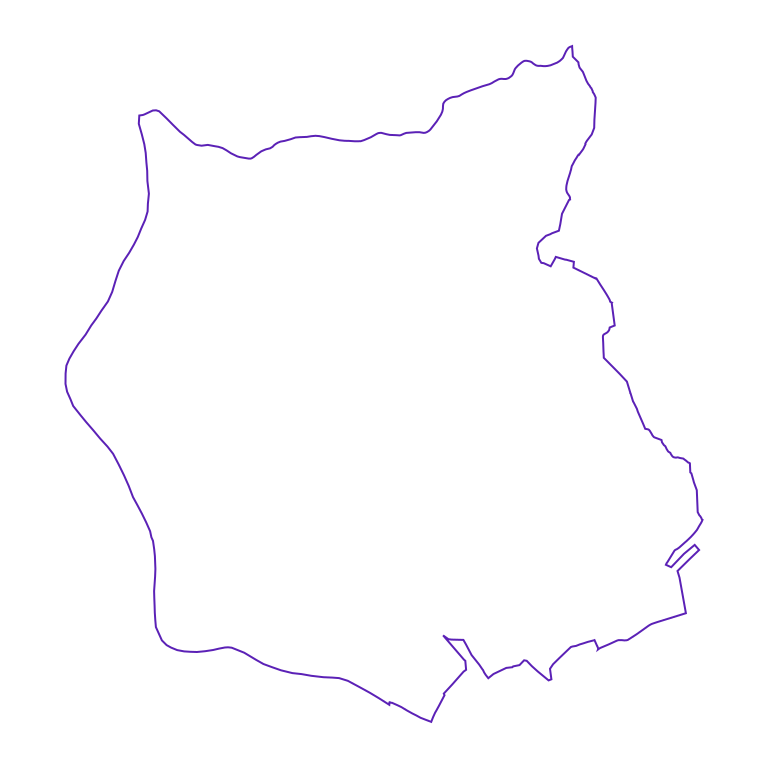 outline of Krustpils pag., Krustpils, Latvia
{"feature_id": "27541924B89257742122528", "entity_name": "Krustpils pag.", "entity_type": "district", "adm_level": 2, "iso_a3": "LVA", "parent_name": "Latvia", "parent_adm1": "Krustpils", "projection": "mercator", "projection_center": [25.858, 56.572], "detail": "fine", "context": "isolated", "style": "outline", "palette": "violet", "viewbox_px": 768, "rotation_deg": 0, "n_neighbors": 0, "source": "geoboundaries", "source_scale": "gbopen_adm2", "svg_char_len": 6024}
<svg xmlns="http://www.w3.org/2000/svg" viewBox="0 0 768 768"><path d="M608.7,644.4L617.0,640.6L618.6,640.1L621.6,640.1L624.3,640.4L626.3,640.3L627.7,640.0L634.7,635.5L636.7,634.2L648.6,625.7L649.9,624.9L651.6,624.0L653.9,623.2L657.2,622.1L685.9,613.2L679.5,577.6L677.5,571.0L690.0,558.7L699.1,550.0L694.7,544.9L684.0,553.8L671.2,567.2L665.9,564.8L666.6,563.2L667.3,562.3L668.8,559.9L674.5,550.6L675.3,549.9L677.0,549.1L678.6,548.0L679.5,547.3L685.2,542.2L686.4,541.2L690.8,537.0L693.3,534.3L694.7,532.7L696.9,530.0L697.9,528.3L699.0,526.3L701.2,522.7L701.8,521.5L702.5,519.9L702.1,519.7L701.8,519.3L701.5,518.3L700.5,516.6L699.9,515.8L699.4,515.4L697.7,512.1L696.8,490.2L693.9,482.3L693.3,480.0L691.4,473.4L690.3,472.4L689.9,463.3L689.1,462.8L688.3,462.6L685.6,460.3L684.4,459.5L683.4,458.6L680.0,458.0L677.9,457.4L677.1,457.4L676.3,457.6L675.3,457.6L673.6,457.2L672.7,456.6L672.0,455.8L670.6,453.6L670.3,452.8L668.9,452.0L668.3,451.6L667.9,451.1L667.6,450.6L666.6,449.0L665.8,447.2L665.3,446.2L663.9,445.1L662.0,442.3L661.5,440.0L654.5,437.4L653.8,437.0L652.4,435.3L651.8,434.1L649.8,430.8L648.9,429.8L648.5,429.5L647.8,429.3L645.2,428.8L643.3,424.2L637.8,411.6L636.9,408.8L633.5,402.1L633.1,401.6L630.6,393.5L630.2,393.0L630.3,392.7L626.9,381.6L619.8,374.0L603.8,357.8L603.7,355.0L603.5,351.5L603.2,342.8L602.9,337.0L603.0,335.9L603.2,335.3L603.7,334.6L604.2,334.2L606.7,332.8L607.7,332.0L608.4,331.1L608.9,330.5L609.3,329.5L609.7,327.5L614.7,325.5L611.7,303.1L612.0,302.7L610.2,301.7L609.9,300.6L609.5,299.5L607.8,296.5L606.8,294.8L604.0,290.3L600.2,284.5L596.4,278.4L595.9,278.3L595.3,278.1L595.3,278.4L573.4,267.6L573.9,261.8L565.8,259.6L565.3,259.7L555.8,256.9L554.8,259.1L550.7,266.3L543.8,263.2L541.3,262.8L538.9,258.8L538.5,255.6L536.9,248.4L537.7,245.6L537.8,245.1L538.5,242.8L546.0,235.8L550.3,234.2L551.9,233.3L558.9,230.7L560.3,224.1L562.0,213.8L569.0,200.0L570.1,199.5L569.9,198.0L570.0,197.7L569.7,196.7L569.4,196.1L567.4,193.2L566.7,191.7L566.5,190.9L566.2,189.5L566.3,187.1L566.5,185.4L567.5,181.0L570.1,172.9L570.6,171.0L571.0,169.8L571.5,167.3L571.7,166.5L571.9,165.8L572.4,165.0L573.0,163.9L574.8,160.4L576.7,157.5L577.5,156.1L578.5,154.7L578.9,154.9L582.7,149.8L583.4,148.7L585.5,144.3L585.3,143.7L585.9,142.4L586.9,140.8L590.6,135.9L591.7,134.5L594.2,127.9L594.4,119.8L595.5,102.9L595.7,97.6L595.2,96.4L594.1,94.0L592.8,92.1L592.7,91.1L592.3,90.3L591.9,89.4L591.3,88.1L590.6,87.5L590.0,86.3L589.2,85.2L588.1,83.8L586.4,80.7L584.0,74.6L582.9,71.9L579.7,67.8L579.4,67.1L578.6,64.3L578.4,62.3L578.2,62.1L572.8,56.7L572.5,51.5L572.2,48.1L572.1,46.1L569.8,47.0L568.5,47.8L567.3,49.4L566.0,51.4L563.6,56.6L562.9,58.0L561.4,59.5L559.7,61.0L557.2,62.6L550.5,65.3L547.7,65.9L545.8,66.1L543.3,66.1L540.5,65.8L538.7,65.9L537.1,65.7L535.7,65.2L533.3,63.6L531.8,62.3L530.7,61.7L529.4,61.3L526.8,60.8L524.9,60.8L523.6,61.2L521.5,62.6L518.0,65.5L515.6,68.1L514.8,69.3L513.4,72.9L512.6,74.6L511.7,75.8L510.6,76.7L508.6,78.1L507.3,78.6L505.9,79.0L503.9,79.0L501.8,78.8L500.2,78.9L498.6,79.3L494.4,81.5L491.8,83.1L489.4,84.2L482.6,86.2L470.9,90.3L466.5,92.0L463.9,93.2L461.6,94.5L459.4,95.9L457.4,96.5L452.6,97.1L450.1,97.9L447.9,99.0L446.0,100.2L444.5,101.7L443.3,103.6L443.0,105.9L442.9,108.9L442.3,111.6L440.9,114.8L436.8,121.3L430.4,129.5L429.0,130.8L427.1,132.0L425.4,132.7L423.7,132.9L419.5,132.2L415.7,132.2L406.3,132.9L404.0,133.7L400.7,135.2L399.4,135.4L396.9,135.2L389.8,134.9L386.4,134.2L381.5,132.9L379.9,132.9L378.3,133.1L376.6,133.9L370.9,137.2L364.1,140.1L360.7,141.2L355.3,141.3L349.1,140.9L344.9,140.8L339.5,140.3L331.8,138.8L324.5,137.1L319.3,136.1L315.5,135.8L311.2,136.2L306.9,136.9L299.5,137.2L295.5,137.5L290.7,139.2L284.6,140.9L280.5,141.6L277.8,142.7L275.8,143.9L274.2,145.1L272.6,146.8L270.1,148.3L265.7,149.4L261.3,151.3L256.3,154.9L254.0,156.8L252.0,158.1L250.7,158.6L248.8,158.6L239.8,157.1L237.3,156.4L231.0,153.3L226.6,150.4L222.6,148.1L218.4,146.8L214.8,146.2L207.8,144.9L201.6,145.7L197.1,145.0L195.5,144.5L192.2,142.0L184.0,134.9L180.0,131.8L172.6,124.5L166.5,118.3L159.2,111.3L156.1,110.3L152.8,110.5L144.5,114.4L142.8,115.0L139.3,115.5L138.8,123.8L141.8,134.3L144.3,144.2L145.7,152.9L146.4,162.5L147.2,170.8L147.4,181.0L148.9,193.7L147.9,203.7L147.6,211.5L145.1,219.9L141.2,228.6L137.8,237.0L133.9,244.6L129.1,252.9L123.7,261.0L118.8,270.7L115.5,280.8L112.2,291.9L107.9,301.5L101.4,310.7L96.4,318.4L91.2,325.5L85.6,334.6L78.5,343.8L73.6,351.3L69.4,358.6L66.4,365.6L65.6,373.5L65.5,383.9L67.1,391.7L70.5,399.3L73.2,406.0L80.6,415.3L86.0,421.9L93.2,430.2L100.2,438.6L107.5,446.6L113.1,453.8L118.8,464.7L124.0,475.3L128.8,486.1L133.0,497.1L137.6,505.5L141.9,513.6L146.2,522.4L150.1,531.2L151.4,537.3L153.0,540.9L154.2,549.3L154.9,556.1L155.4,568.9L155.1,576.5L154.6,583.9L154.1,591.1L154.3,598.2L154.6,605.9L154.8,612.7L155.3,620.2L155.9,627.1L161.9,640.4L166.6,645.1L171.1,647.6L177.2,650.1L184.2,651.4L190.6,651.8L196.9,652.0L205.2,651.2L213.1,650.0L219.1,648.6L224.9,647.5L228.1,647.3L231.7,647.7L244.2,652.7L256.2,659.9L263.4,664.0L272.4,667.3L281.0,670.3L292.4,673.1L301.6,674.1L311.3,675.8L323.4,677.2L332.4,677.6L339.1,678.1L347.8,680.8L359.7,687.2L369.9,692.8L378.9,698.2L389.3,704.8L389.5,702.9L389.4,702.4L389.6,702.2L389.8,702.2L391.2,702.8L392.0,702.8L397.4,705.2L401.2,707.0L407.0,710.5L412.2,713.4L416.4,715.5L420.6,717.8L431.2,721.9L433.1,717.1L435.1,712.7L436.5,710.3L438.8,706.1L444.5,695.2L443.8,693.6L452.3,684.4L463.6,671.6L466.1,669.8L465.3,660.8L464.0,659.7L443.1,635.4L448.4,639.2L451.6,639.6L463.4,639.9L465.9,644.3L471.6,655.1L479.2,664.6L482.4,669.3L483.0,670.0L484.1,672.4L485.7,674.9L488.3,678.2L493.5,674.0L506.3,667.9L512.4,667.2L513.1,666.4L519.5,665.1L524.1,660.3L526.7,660.8L531.9,666.2L537.8,671.5L548.6,680.4L551.4,679.3L550.0,668.8L553.1,664.2L559.6,657.8L568.6,649.2L570.9,647.0L572.5,646.5L576.1,645.9L579.8,644.4L583.2,643.4L587.8,641.9L594.0,640.3L594.5,640.1L597.2,646.2L597.3,646.2L597.7,647.2L598.0,648.0L598.1,648.6L598.1,649.2L598.0,649.5L598.8,648.9L599.5,648.4L600.4,647.9L608.7,644.4Z" fill="none" stroke="#5b21b6" stroke-width="2"/></svg>